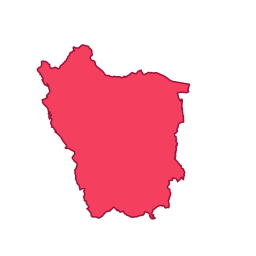 outline of Barsesti, Vrancea, Romania, rotated 161°
{"feature_id": "2599482B14345324048556", "entity_name": "Barsesti", "entity_type": "district", "adm_level": 2, "iso_a3": "ROU", "parent_name": "Romania", "parent_adm1": "Vrancea", "projection": "mercator", "projection_center": [26.754, 45.917], "detail": "fine", "context": "isolated", "style": "filled", "palette": "rose", "viewbox_px": 256, "rotation_deg": 161, "n_neighbors": 0, "source": "geoboundaries", "source_scale": "gbopen_adm2", "svg_char_len": 5836}
<svg xmlns="http://www.w3.org/2000/svg" viewBox="0 0 256 256"><g transform="rotate(161 128 128)"><path d="M190.4,214.4L193.2,213.8L194.5,213.0L194.7,212.4L194.7,211.5L194.2,210.1L193.2,208.3L193.7,207.1L192.8,206.5L192.7,205.6L192.6,204.8L192.8,204.3L192.6,204.0L192.3,202.2L192.5,201.5L192.9,201.0L193.5,201.3L193.5,200.1L193.2,199.9L192.9,199.2L193.0,197.6L192.8,197.2L192.8,196.2L191.1,195.0L191.0,194.2L190.5,193.8L190.0,194.4L190.0,195.3L189.9,195.6L189.6,194.8L189.6,191.7L190.0,190.7L189.7,189.4L189.8,188.8L191.1,186.7L194.1,185.4L194.6,184.3L194.1,183.3L197.8,182.3L198.7,182.7L199.9,182.5L200.3,180.0L200.2,178.6L197.5,173.1L197.5,171.7L197.8,169.6L197.7,168.9L196.9,168.7L196.8,168.1L197.0,167.9L198.0,168.2L198.7,167.5L198.5,166.9L197.1,166.6L196.6,166.3L196.5,166.1L196.4,165.1L197.0,164.4L198.4,165.5L198.6,165.5L199.3,163.9L199.2,162.2L198.8,162.3L198.8,162.7L198.5,163.0L198.3,163.0L198.2,162.5L198.5,162.1L197.7,162.1L197.1,161.1L197.7,160.2L198.9,159.1L198.9,158.4L199.6,157.3L199.3,156.2L199.3,155.4L199.1,154.7L199.8,153.9L199.5,153.4L198.6,153.0L198.2,152.1L198.0,150.4L197.5,149.4L198.1,148.0L197.7,147.4L197.7,147.9L197.1,147.9L197.2,146.5L195.8,144.6L195.5,143.2L194.8,142.3L194.2,141.0L194.3,139.8L193.9,139.0L194.0,137.6L193.5,136.8L192.9,134.5L191.9,132.2L191.8,131.7L192.1,131.1L192.8,130.1L193.7,129.7L193.7,129.3L192.7,128.7L191.4,128.4L190.8,128.0L186.3,123.0L186.7,121.0L188.2,119.7L189.2,119.2L190.2,118.4L190.4,118.0L190.2,116.6L189.5,114.5L189.6,114.0L188.0,112.3L188.2,111.7L187.9,111.2L188.0,109.4L189.6,107.8L190.1,106.9L192.1,105.4L191.9,105.1L192.0,104.6L192.9,102.6L192.8,100.1L194.1,96.7L193.9,95.7L193.9,94.6L193.7,93.8L193.7,93.3L194.2,92.3L194.1,91.8L192.9,89.8L192.9,89.4L193.4,86.2L193.4,85.1L192.3,85.4L190.5,85.4L190.0,85.3L188.7,84.5L189.4,83.5L190.5,82.7L190.3,79.7L190.7,79.0L191.3,78.6L191.6,77.9L192.4,77.2L192.4,74.8L192.8,73.5L191.1,72.1L191.9,70.6L191.9,70.1L190.9,67.3L191.0,65.6L193.0,65.0L191.7,62.7L191.3,61.1L190.7,60.0L190.6,59.0L191.1,58.0L191.3,56.8L190.8,55.8L190.3,55.3L189.1,55.1L186.9,54.2L185.1,52.4L183.3,52.4L182.0,53.0L181.0,53.0L180.1,53.7L176.7,55.6L175.1,55.9L171.9,55.5L171.7,56.2L171.5,56.3L170.2,56.2L169.7,56.7L167.3,57.8L166.6,57.1L166.2,55.7L165.7,55.2L165.3,53.5L164.8,53.3L164.4,53.7L163.9,53.7L163.4,53.0L163.3,51.5L162.6,51.0L161.0,50.7L159.9,51.1L159.5,50.8L159.3,50.6L159.2,48.4L159.1,48.0L158.0,47.4L157.6,46.2L157.3,45.8L155.6,44.5L153.7,42.5L151.6,41.9L149.5,41.6L148.7,41.2L145.1,41.4L144.0,40.9L142.6,41.0L141.9,40.8L141.0,41.3L139.6,43.1L138.8,43.1L135.9,40.7L135.8,40.3L135.8,38.9L136.1,37.4L136.1,36.8L135.7,35.8L135.1,34.5L133.3,33.8L132.8,34.0L131.9,33.8L131.8,34.2L133.1,35.1L132.5,36.0L132.7,36.3L133.2,36.6L132.7,36.8L132.3,37.5L133.2,37.4L133.3,37.6L133.5,38.1L133.3,38.8L133.4,39.3L133.3,39.7L132.7,40.4L131.9,40.7L131.7,41.7L130.7,42.6L129.8,42.7L126.3,44.0L123.3,44.3L121.7,43.7L121.0,43.6L120.7,43.5L120.6,43.0L119.4,42.8L119.0,41.1L118.6,40.2L116.6,40.1L115.5,39.5L115.2,39.7L114.6,40.8L114.1,42.2L113.8,43.4L113.7,45.8L112.3,47.4L112.0,48.3L111.5,48.5L111.2,49.1L110.5,49.7L110.3,50.3L109.7,50.8L108.8,52.7L108.8,53.3L109.2,54.0L109.2,54.4L108.4,56.3L109.8,57.9L110.0,59.1L109.5,60.0L108.0,60.9L107.0,61.7L106.9,62.2L106.9,62.9L106.6,63.6L106.6,64.4L106.4,64.9L103.7,64.2L102.8,64.3L102.6,65.3L102.2,66.0L99.7,64.9L99.1,64.6L98.4,61.2L95.0,62.7L94.3,63.7L93.8,63.9L93.5,63.5L93.1,63.3L93.1,63.1L92.9,63.1L93.1,62.3L92.3,61.3L91.6,63.1L91.1,63.5L91.2,64.1L90.2,64.8L90.1,65.2L90.3,65.9L88.9,67.3L88.9,68.3L89.2,68.9L89.1,70.0L88.9,70.5L89.2,71.1L89.3,71.6L90.6,72.8L90.6,73.4L90.0,75.2L91.1,76.1L91.0,76.6L92.0,78.8L92.1,80.0L92.8,81.1L93.2,82.3L93.8,83.2L93.9,83.9L93.7,84.3L92.9,84.3L92.9,84.5L93.1,85.2L91.8,86.3L91.8,87.6L91.5,88.3L90.9,88.9L91.5,89.4L91.5,89.8L89.9,90.7L89.6,91.3L89.5,92.0L88.7,93.6L88.9,95.0L88.5,95.3L87.5,95.2L87.3,95.3L87.4,95.8L87.1,96.5L86.7,96.7L86.4,97.1L87.0,99.7L86.9,100.4L85.9,101.1L85.9,102.8L85.5,103.6L85.5,104.1L86.3,104.8L86.0,107.5L84.1,107.8L82.6,108.6L82.1,110.9L80.3,112.7L79.6,114.3L78.6,115.5L76.1,116.0L73.5,115.6L71.7,121.6L72.0,122.2L70.3,128.8L70.8,128.8L70.0,131.2L67.5,136.9L67.9,137.7L68.3,137.9L69.0,136.5L69.6,136.6L70.0,137.3L70.0,138.3L70.5,139.4L70.0,141.5L70.1,142.9L70.0,144.0L70.1,144.8L69.3,145.1L66.4,144.7L60.8,142.2L60.3,142.5L59.2,142.4L58.8,142.6L58.9,143.8L58.7,144.8L55.7,149.3L71.0,157.7L73.0,159.8L74.6,162.3L76.5,164.9L82.6,170.6L84.1,171.4L85.7,171.4L88.2,173.0L88.6,172.7L89.2,172.8L90.5,173.9L94.5,173.2L95.6,173.6L96.6,174.5L96.5,176.0L97.0,177.3L96.8,177.9L96.8,178.3L97.4,178.2L97.9,178.5L98.7,178.1L99.8,178.4L102.5,176.6L103.7,177.1L106.0,179.0L106.5,179.0L107.8,178.7L108.8,178.0L112.0,177.4L112.7,176.8L113.7,177.6L114.3,177.2L114.9,178.0L115.4,177.4L116.1,177.8L117.0,177.3L117.5,177.7L118.0,177.7L118.6,178.7L119.7,179.4L122.2,180.1L124.5,181.5L125.2,181.0L125.7,181.0L127.0,182.0L128.3,182.7L128.6,183.4L129.4,184.1L131.3,184.6L132.5,186.1L132.9,188.2L134.0,190.8L137.7,196.6L138.1,198.1L137.8,200.8L138.0,201.9L138.8,203.0L140.0,203.4L140.7,204.6L140.9,205.8L140.6,207.0L140.3,207.4L139.6,208.1L138.1,208.7L137.9,209.0L137.7,210.9L137.1,212.6L137.3,214.1L138.5,216.1L138.8,216.8L138.8,217.8L139.0,218.1L142.9,220.8L143.8,221.2L145.0,221.3L148.0,219.9L149.6,219.9L151.5,220.9L152.8,222.2L153.5,222.1L153.9,220.8L153.9,219.8L153.4,218.6L153.5,218.4L154.8,218.7L155.5,218.1L156.4,218.0L157.2,218.2L158.3,217.9L159.8,215.9L160.7,215.4L162.2,214.4L162.6,213.6L163.5,213.0L164.7,211.7L165.3,211.3L166.1,211.5L166.8,210.8L169.5,209.4L171.7,208.8L173.2,206.8L174.9,206.8L176.4,208.7L177.2,209.2L179.7,209.0L181.1,209.4L181.6,210.1L182.0,211.3L181.9,212.1L181.4,213.6L182.6,214.6L182.7,215.9L184.4,217.8L185.8,218.4L186.6,219.0L188.1,218.9L188.4,218.3L188.6,216.9L189.4,215.3L190.4,214.4Z" fill="#f43f5e" stroke="#9f1239" stroke-width="1.5"/></g></svg>